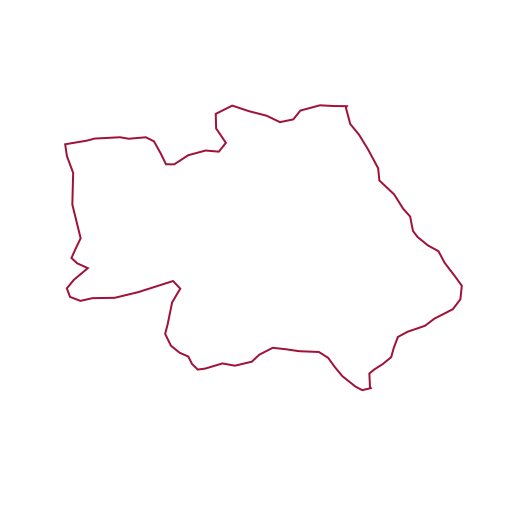 Årjäng, Värmland, Sweden, rotated 165°
{"feature_id": "70781695B60576309350500", "entity_name": "Årjäng", "entity_type": "district", "adm_level": 2, "iso_a3": "SWE", "parent_name": "Sweden", "parent_adm1": "Värmland", "projection": "natural_earth1", "projection_center": [12.122, 59.449], "detail": "fine", "context": "isolated", "style": "outline", "palette": "rose", "viewbox_px": 512, "rotation_deg": 165, "n_neighbors": 0, "source": "geoboundaries", "source_scale": "gbopen_adm2", "svg_char_len": 1318}
<svg xmlns="http://www.w3.org/2000/svg" viewBox="0 0 512 512"><g transform="rotate(165 256 256)"><path d="M411.4,413.3L412.8,401.5L411.1,383.6L420.1,353.2L420.8,318.5L428.2,309.9L434.8,301.8L430.7,295.3L421.6,287.8L438.0,280.2L442.6,276.9L447.1,273.7L446.2,264.6L437.2,258.1L424.8,257.6L403.4,252.2L378.8,251.6L342.6,253.3L337.6,244.1L349.1,232.8L359.0,212.9L363.9,204.3L361.4,191.4L354.8,182.3L347.4,176.4L345.8,168.4L342.6,163.0L341.7,161.4L334.3,160.4L316.2,160.9L304.7,155.5L287.4,155.0L278.4,159.8L263.6,163.0L251.3,158.2L239.0,152.9L220.1,147.0L212.7,139.0L208.6,128.3L203.7,117.6L193.8,104.2L188.1,98.9L179.3,98.7L179.8,100.0L176.9,113.2L171.1,115.8L161.3,118.9L151.6,123.3L146.7,131.6L139.9,141.1L129.2,143.6L110.7,144.9L100.0,149.3L79.6,153.7L69.8,161.3L64.9,174.0L68.8,184.2L75.6,200.7L78.5,213.4L87.2,221.7L95.0,232.5L97.9,239.5L96.9,254.2L101.7,263.8L106.6,279.7L117.3,297.0L115.3,309.1L120.1,329.6L125.0,346.3L130.8,359.1L130.8,375.8L129.5,377.2L141.6,380.6L142.0,380.7L155.2,385.0L175.5,385.0L184.6,378.3L198.2,379.1L209.5,388.8L225.3,397.7L240.0,407.4L258.1,403.7L261.5,389.5L255.8,373.1L264.9,366.4L277.3,370.9L295.4,370.9L311.3,365.7L319.2,367.9L321.5,379.8L324.9,393.2L331.7,399.2L348.6,402.2L356.6,405.9L381.5,411.2L389.4,411.2L411.4,413.3Z" fill="none" stroke="#9f1239" stroke-width="2"/></g></svg>